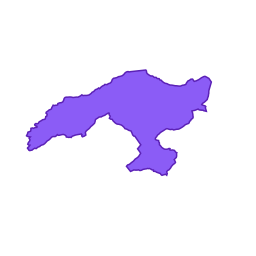 outline of Indiara, Goiás, Brazil, rotated 56°
{"feature_id": "56859067B57981845225789", "entity_name": "Indiara", "entity_type": "district", "adm_level": 2, "iso_a3": "BRA", "parent_name": "Brazil", "parent_adm1": "Goiás", "projection": "equal_earth", "projection_center": [-49.96, -17.208], "detail": "fine", "context": "isolated", "style": "filled", "palette": "violet", "viewbox_px": 256, "rotation_deg": 56, "n_neighbors": 0, "source": "geoboundaries", "source_scale": "gbopen_adm2", "svg_char_len": 4708}
<svg xmlns="http://www.w3.org/2000/svg" viewBox="0 0 256 256"><g transform="rotate(56 128 128)"><path d="M88.2,222.3L88.9,222.8L89.9,222.4L91.0,222.6L91.8,222.1L92.7,219.8L92.5,218.1L92.7,216.5L93.7,215.8L93.5,213.2L94.0,211.5L93.7,210.3L94.0,208.7L94.4,207.6L94.4,205.9L94.1,204.5L93.8,203.2L93.5,202.0L93.7,200.6L93.5,198.8L92.9,196.5L93.1,195.0L93.8,194.1L94.4,193.1L94.4,191.7L94.0,190.3L94.9,190.0L95.5,189.3L96.2,187.4L96.7,186.1L97.3,185.1L98.3,184.3L99.8,183.8L101.0,184.2L102.0,183.0L102.8,182.3L103.2,181.2L104.1,180.4L103.6,178.9L104.0,177.5L104.4,175.7L104.9,174.4L105.4,173.3L106.1,171.7L106.9,170.0L107.8,169.9L108.5,170.8L109.8,170.7L110.3,168.8L110.3,166.9L107.8,165.8L107.2,164.6L106.9,162.7L106.8,160.8L106.5,159.5L106.0,157.9L105.9,156.2L105.6,154.4L105.3,153.0L104.0,151.4L103.1,150.7L102.7,149.2L102.9,147.6L102.7,146.4L103.1,145.0L103.8,144.2L103.9,142.8L104.1,141.6L104.5,140.1L104.4,138.6L104.6,135.9L105.3,135.3L106.3,136.2L107.3,136.2L108.3,136.1L109.5,138.0L110.9,137.5L112.1,136.2L113.5,136.4L115.1,136.1L116.2,135.9L117.4,135.5L118.6,134.9L119.9,133.4L121.9,131.8L123.4,131.3L125.3,130.9L126.9,130.9L128.2,129.7L130.5,128.6L132.1,127.2L134.3,127.5L136.4,128.0L138.0,127.7L138.7,126.9L149.1,126.8L150.6,131.7L153.7,131.6L154.6,131.6L156.0,131.6L156.5,132.7L157.6,135.3L157.8,137.2L157.8,139.6L158.5,141.9L158.6,144.6L158.9,147.2L158.4,149.0L158.9,150.7L165.4,150.2L165.8,148.2L166.0,146.7L166.9,145.6L168.0,144.0L168.6,142.6L169.6,142.2L170.3,141.2L170.6,140.1L170.7,138.8L171.4,137.1L172.1,135.7L172.4,134.6L173.2,133.7L173.6,132.8L174.8,132.1L176.3,131.4L177.1,130.4L178.2,131.0L179.3,129.6L180.7,129.0L182.7,127.5L183.7,126.7L185.1,126.7L186.2,126.3L186.7,124.7L187.4,122.7L188.8,122.3L187.7,120.9L186.7,120.7L185.8,120.3L185.4,119.0L185.6,117.2L185.2,115.9L184.8,114.6L184.2,113.7L183.5,110.9L183.5,109.0L183.0,107.8L181.4,107.5L180.0,107.4L179.7,105.7L179.4,104.4L178.5,103.4L177.3,102.6L176.4,102.1L175.8,101.3L174.9,101.9L173.8,102.0L172.6,102.0L171.8,102.7L171.0,103.5L170.4,104.8L169.5,105.5L168.6,104.7L167.9,105.4L167.7,106.8L167.0,108.2L165.9,109.6L164.4,110.3L163.7,110.6L162.7,110.9L160.5,111.0L159.5,111.3L158.7,110.8L157.7,110.2L156.5,110.2L155.5,109.6L153.8,111.3L152.5,111.6L151.5,110.6L151.2,109.1L150.4,107.6L150.3,105.6L149.9,103.7L149.9,102.1L150.0,100.0L150.0,97.5L150.3,96.1L151.6,95.0L152.9,93.9L153.7,92.3L154.4,91.6L155.2,91.2L155.7,89.8L156.2,88.5L156.8,87.5L157.3,86.5L157.5,84.9L157.6,83.1L157.6,81.3L157.5,80.0L157.3,78.6L157.7,76.7L158.1,75.2L157.8,74.2L156.9,73.3L156.9,71.9L156.2,70.9L156.2,69.0L155.4,67.9L154.3,67.4L153.1,66.7L151.3,65.9L150.4,65.8L149.6,65.4L150.2,64.0L150.7,62.8L151.2,60.6L151.5,59.3L152.7,58.9L153.4,58.2L154.3,57.1L155.2,55.9L156.1,55.5L156.9,54.7L158.0,53.7L156.9,53.3L155.5,52.9L154.3,52.4L153.7,51.5L152.8,51.7L151.8,52.5L151.0,53.1L149.9,53.8L149.3,52.6L149.3,50.2L149.0,48.1L148.7,46.4L147.4,44.9L146.6,43.7L145.6,42.8L144.9,42.2L144.2,41.4L143.4,41.0L142.0,39.8L136.5,33.2L132.1,33.2L129.5,34.5L128.2,35.3L127.7,36.6L127.4,39.2L127.5,41.9L127.1,44.9L126.4,47.0L125.4,47.1L123.6,47.1L122.7,48.5L122.8,50.4L122.5,52.0L123.3,54.2L124.2,55.8L123.7,57.5L123.0,59.0L122.6,61.0L122.0,62.0L120.2,64.1L119.3,65.3L117.5,67.1L116.7,68.0L115.9,69.1L114.5,70.1L113.0,70.9L111.6,72.3L110.4,72.9L109.5,73.2L108.5,73.6L107.2,73.6L105.9,74.7L104.5,74.6L103.4,76.1L101.7,76.4L100.8,77.9L99.3,78.3L98.5,78.7L97.6,80.0L96.4,80.7L94.7,81.3L93.7,81.7L92.3,81.5L91.0,80.8L89.9,80.8L89.0,82.5L82.6,94.6L82.1,95.8L81.2,96.4L80.6,98.1L80.7,99.9L81.3,101.6L81.4,103.7L80.8,105.7L80.1,107.2L80.0,108.9L79.4,110.6L78.7,112.2L79.0,113.9L79.9,115.1L80.6,116.3L80.8,117.7L80.2,119.7L80.4,120.8L79.8,121.8L78.9,122.8L79.2,123.9L78.9,125.6L79.0,127.5L79.5,129.5L78.4,129.9L78.5,131.6L78.1,133.0L78.1,134.5L78.6,135.9L78.3,137.9L78.7,138.9L78.8,140.4L78.8,141.9L78.1,143.6L77.6,144.5L76.8,145.6L75.9,147.2L74.7,147.7L74.8,149.4L74.5,152.2L73.7,153.2L73.1,154.3L72.0,156.5L71.3,157.1L70.3,158.1L69.5,159.3L68.7,160.8L67.8,162.1L67.5,163.2L67.8,164.4L69.0,165.8L69.9,167.5L69.7,169.1L68.9,170.6L68.5,172.5L69.4,173.3L69.2,174.5L68.6,175.3L68.3,176.3L67.2,177.3L67.8,178.3L68.4,179.7L69.3,180.7L69.3,181.9L68.9,183.2L69.1,184.4L69.1,185.6L69.2,187.0L69.9,187.7L71.4,187.3L72.7,188.7L72.5,189.8L73.5,190.7L74.3,192.0L73.4,194.1L73.4,196.2L73.2,198.2L74.0,199.9L73.6,201.1L72.8,201.8L72.8,203.3L73.7,203.7L74.5,203.3L75.7,202.5L76.5,203.2L75.7,204.7L75.4,206.5L74.5,207.2L74.0,208.7L75.1,209.4L76.2,210.6L75.8,212.0L75.5,213.3L76.6,214.5L77.2,215.6L77.7,216.5L78.6,216.2L80.8,214.0L81.1,215.7L82.0,215.8L83.0,215.9L83.8,216.9L84.3,218.6L85.4,220.2L86.8,219.8L87.4,219.0L88.0,220.5L88.2,222.3Z" fill="#8b5cf6" stroke="#5b21b6" stroke-width="1.5"/></g></svg>